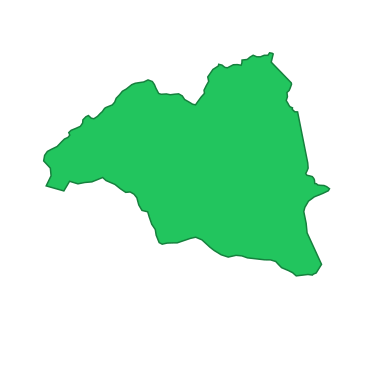 the district of Selama, Perak, Malaysia, rotated 248°
{"feature_id": "92858781B87749635219289", "entity_name": "Selama", "entity_type": "district", "adm_level": 2, "iso_a3": "MYS", "parent_name": "Malaysia", "parent_adm1": "Perak", "projection": "albers", "projection_center": [100.834, 5.252], "detail": "fine", "context": "isolated", "style": "filled", "palette": "green", "viewbox_px": 384, "rotation_deg": 248, "n_neighbors": 0, "source": "geoboundaries", "source_scale": "gbopen_adm2", "svg_char_len": 2253}
<svg xmlns="http://www.w3.org/2000/svg" viewBox="0 0 384 384"><g transform="rotate(248 192 192)"><path d="M252.3,59.1L251.4,60.2L241.0,73.6L245.1,79.0L247.8,82.5L242.3,89.3L241.0,96.1L238.9,103.0L238.9,114.6L234.8,116.6L227.9,123.4L221.7,126.9L216.5,130.4L215.2,134.7L211.7,137.4L207.3,138.7L199.9,137.8L193.7,138.7L190.2,143.5L185.0,143.0L177.1,142.6L171.0,143.9L165.3,142.6L157.4,142.6L154.8,144.8L154.1,149.0L153.9,150.0L151.8,155.7L150.4,159.2L150.0,166.2L149.6,173.2L148.7,178.5L143.9,183.3L133.8,188.1L129.4,190.7L122.9,195.5L118.1,201.2L116.8,209.1L114.1,214.3L110.2,218.7L107.6,223.5L101.9,234.0L99.7,239.3L96.2,243.6L92.7,244.9L88.3,246.7L83.5,251.5L79.6,255.0L75.2,257.2L72.1,268.6L69.9,272.5L70.4,273.7L70.4,276.8L76.4,285.0L111.0,283.4L120.2,286.1L132.0,288.3L135.5,290.9L139.9,296.6L141.7,303.6L141.7,312.8L142.1,318.9L142.3,319.1L143.5,320.7L146.5,318.9L148.6,316.8L150.0,313.8L151.2,311.5L153.2,310.3L153.9,309.0L157.2,310.0L158.9,310.0L161.2,309.3L162.7,307.4L164.5,304.8L166.6,304.4L168.3,306.4L170.6,308.6L175.6,310.2L226.7,319.9L227.9,317.3L231.1,315.9L232.4,316.7L234.2,314.9L235.7,314.4L238.6,314.1L241.5,313.6L244.6,316.2L248.7,317.3L249.7,320.0L251.6,322.0L254.7,324.7L256.1,324.9L282.7,314.1L289.6,319.0L290.6,318.3L292.0,316.1L290.3,313.6L291.7,310.2L291.7,306.0L293.1,302.7L295.9,299.9L295.3,296.2L294.2,292.9L295.6,287.8L293.1,286.7L291.1,285.0L293.1,281.9L294.5,278.0L294.2,274.7L293.9,271.3L295.3,269.1L298.4,267.4L300.4,264.6L299.0,263.7L297.8,257.3L294.8,252.8L292.8,249.7L288.3,248.9L285.2,245.0L281.9,241.3L278.8,240.5L276.6,236.0L274.0,231.8L271.5,227.9L273.2,225.4L276.6,222.9L280.5,219.8L284.7,219.0L288.0,216.4L289.2,212.5L290.3,208.3L292.5,205.0L294.2,199.9L295.9,198.0L301.8,197.4L305.7,197.4L309.3,196.6L312.4,193.2L312.1,188.4L313.2,184.0L314.1,180.0L314.1,176.4L312.1,169.7L311.5,165.2L309.3,161.3L307.3,156.8L304.3,154.0L302.6,150.7L302.6,143.9L302.3,142.3L300.1,138.9L299.2,136.4L297.5,132.7L296.7,128.5L298.1,126.3L301.7,124.6L301.5,121.8L299.8,117.9L297.0,116.5L294.7,113.1L294.5,107.8L294.5,103.1L293.3,100.0L290.5,100.0L289.1,97.5L288.9,93.6L287.5,90.2L284.7,84.0L284.3,77.9L283.8,73.1L281.2,69.1L276.4,66.1L267.2,69.6L259.8,67.4L252.3,59.1Z" fill="#22c55e" stroke="#15803d" stroke-width="1.5"/></g></svg>